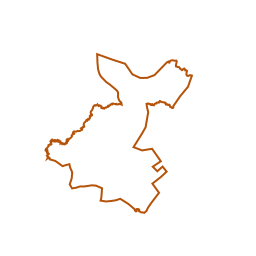 Kalgo, Kebbi, Nigeria, rotated 53°
{"feature_id": "59680162B5199404243189", "entity_name": "Kalgo", "entity_type": "district", "adm_level": 2, "iso_a3": "NGA", "parent_name": "Nigeria", "parent_adm1": "Kebbi", "projection": "robinson", "projection_center": [4.022, 12.386], "detail": "fine", "context": "isolated", "style": "outline", "palette": "amber", "viewbox_px": 256, "rotation_deg": 53, "n_neighbors": 0, "source": "geoboundaries", "source_scale": "gbopen_adm2", "svg_char_len": 5724}
<svg xmlns="http://www.w3.org/2000/svg" viewBox="0 0 256 256"><g transform="rotate(53 128 128)"><path d="M169.5,193.6L173.5,189.7L175.8,186.0L178.3,181.4L179.9,176.8L188.9,173.4L196.8,171.6L198.0,172.1L199.4,171.8L199.5,171.5L199.5,171.0L199.2,170.8L198.6,170.7L198.1,170.2L198.0,169.9L198.7,168.8L199.5,168.3L200.2,168.3L200.6,169.2L201.1,169.3L201.7,168.9L203.0,168.5L204.8,166.5L205.5,166.2L205.4,163.2L203.7,160.1L201.7,154.0L198.4,142.2L187.1,142.0L186.9,131.2L186.1,123.4L179.6,123.6L180.2,130.6L173.8,131.5L174.3,121.8L159.1,121.3L154.4,130.2L146.6,135.1L140.9,120.2L138.0,113.5L127.5,102.3L123.2,100.5L119.9,98.7L120.2,98.2L120.4,97.9L120.4,97.4L120.9,97.2L120.9,96.8L121.9,96.2L122.3,95.8L122.4,96.0L123.1,96.1L123.9,95.3L123.7,94.6L123.7,94.2L124.2,94.1L124.6,94.4L125.1,94.1L125.5,93.6L125.3,93.0L125.0,92.7L124.8,92.3L124.9,91.4L125.1,90.9L125.5,90.5L125.0,90.0L125.5,89.0L125.7,88.7L126.0,88.5L126.3,88.1L125.8,87.5L125.8,87.1L125.6,86.3L126.0,86.0L126.4,86.2L127.1,85.9L128.7,84.4L129.1,83.8L129.9,83.5L130.0,83.1L130.4,82.9L130.8,82.9L131.2,83.4L131.9,83.6L132.3,83.5L132.5,82.6L132.7,82.3L133.1,82.1L133.7,82.2L134.1,81.8L134.2,81.0L134.7,80.9L135.3,81.0L136.2,81.5L136.5,81.6L137.3,81.0L138.5,80.8L139.0,80.1L138.8,79.7L138.7,79.3L138.4,79.3L137.8,78.6L134.0,67.3L131.2,55.3L124.6,45.4L124.0,45.8L123.6,46.2L123.3,46.8L122.9,47.1L122.6,48.7L122.1,49.2L121.5,49.4L120.3,49.1L119.8,48.7L118.3,47.0L117.8,46.5L117.1,46.7L116.4,47.6L115.8,47.2L115.0,47.3L114.5,47.2L114.1,48.1L114.3,48.5L114.3,49.0L114.5,49.6L114.4,50.0L113.3,50.2L112.6,50.6L111.8,50.7L111.0,50.5L109.9,50.7L109.6,51.3L109.0,51.8L108.0,52.2L107.7,52.6L107.2,52.4L106.8,52.0L106.1,51.3L105.5,50.5L104.0,48.9L103.2,48.9L102.8,49.7L101.5,51.0L100.8,51.7L100.1,52.6L99.8,54.2L100.7,55.6L100.3,55.9L99.8,55.7L99.3,55.7L99.0,57.5L101.7,75.0L99.5,82.5L95.4,88.1L87.8,92.2L75.0,91.6L63.9,99.4L50.5,108.2L57.5,113.1L63.0,116.5L67.8,118.3L70.2,118.6L72.0,118.5L78.2,117.7L82.6,116.3L91.3,114.3L93.5,114.5L95.9,116.2L96.9,117.2L100.0,118.3L101.1,118.5L103.6,118.0L105.5,119.0L104.7,119.4L104.4,119.8L104.0,119.7L103.7,119.9L103.4,121.0L103.3,121.4L103.0,121.6L102.8,122.0L102.7,122.6L102.4,122.8L101.7,122.8L101.5,123.7L101.0,123.9L100.3,124.7L99.7,125.0L99.3,125.4L99.5,126.1L99.1,126.1L98.9,126.4L99.1,126.7L99.1,127.1L98.7,127.9L99.1,128.3L99.1,128.7L98.9,129.2L99.0,129.9L98.3,130.2L98.2,130.5L98.4,130.7L99.1,130.8L99.1,131.3L98.8,131.7L98.6,132.4L98.6,133.1L98.2,133.3L98.0,133.7L98.2,135.4L97.8,135.6L97.5,135.3L97.2,135.5L97.2,136.0L96.8,136.7L95.8,137.2L95.4,136.4L95.0,136.2L94.6,136.4L93.8,136.4L93.5,136.7L92.7,137.2L93.0,137.8L92.9,138.2L92.1,138.2L91.6,138.5L90.8,138.3L90.9,139.0L90.7,140.3L89.9,140.5L89.8,141.1L89.7,141.7L90.1,142.5L90.2,143.2L90.9,143.8L91.3,144.8L91.8,145.2L92.1,145.9L92.4,147.5L92.9,148.3L94.5,149.1L94.9,149.1L95.2,148.7L95.7,148.8L96.2,149.1L96.1,149.8L95.7,150.4L95.3,150.7L95.5,151.4L96.0,151.6L96.4,151.5L96.8,151.9L97.5,153.4L97.7,154.0L97.3,154.0L96.9,153.8L96.7,154.1L96.8,154.6L97.2,154.9L96.7,155.6L96.6,155.9L97.2,156.1L97.6,156.4L97.1,157.2L97.2,158.0L97.5,158.7L97.4,159.3L97.9,160.6L98.3,160.9L98.7,161.4L99.2,161.7L100.2,161.9L100.6,162.1L100.6,162.6L100.1,162.6L100.1,163.1L100.4,163.0L100.4,163.6L100.1,164.0L100.3,164.4L100.4,164.8L100.0,165.2L100.0,165.6L100.3,165.5L100.6,165.6L100.7,165.3L101.0,165.1L101.6,165.5L101.8,165.8L101.5,166.2L101.5,167.8L101.2,168.6L100.8,169.2L100.1,169.8L99.8,171.5L98.3,173.1L98.2,173.8L98.4,174.5L98.8,174.8L99.2,174.9L99.5,174.8L99.6,174.5L100.1,174.4L100.2,174.9L100.2,175.3L99.7,175.7L99.6,176.3L100.1,177.1L100.1,177.5L100.9,177.8L101.3,178.8L101.5,182.1L101.3,182.4L100.9,182.7L100.4,183.2L100.4,183.8L100.6,184.2L101.0,184.5L101.1,184.2L100.9,183.4L101.4,183.7L102.1,183.4L102.3,183.7L102.3,184.0L101.9,184.0L101.7,184.3L102.4,185.0L103.1,185.5L103.2,185.8L102.7,186.3L102.5,186.2L102.2,186.2L102.2,186.7L102.4,186.9L103.1,187.1L102.9,187.6L103.0,188.0L103.0,188.4L102.8,188.6L102.4,188.6L102.1,189.1L101.7,189.0L101.3,189.1L101.5,189.5L100.9,189.7L101.0,190.1L100.6,190.0L100.2,190.5L99.9,190.6L99.8,190.2L99.7,190.2L99.7,191.3L99.4,191.1L98.8,190.7L98.5,190.3L98.3,190.2L98.2,190.9L98.1,191.0L97.6,190.8L97.6,191.4L97.3,191.6L97.2,191.8L96.7,191.5L96.3,191.6L96.2,191.5L96.3,191.2L96.0,190.9L95.7,191.3L95.7,191.7L95.3,191.5L95.1,191.5L95.1,191.9L95.4,192.3L95.1,192.5L95.5,192.8L95.5,193.7L95.2,193.7L94.8,193.5L94.9,192.8L94.5,193.2L93.9,193.4L93.8,193.8L93.9,194.1L93.5,193.9L93.4,194.0L93.8,194.7L94.0,195.3L93.6,195.6L93.3,195.4L93.3,195.8L93.1,195.9L93.1,196.4L93.0,196.5L92.8,196.4L92.5,195.6L92.1,195.6L91.7,195.4L91.5,195.6L91.7,196.4L91.6,196.9L92.0,198.1L92.9,198.2L93.3,198.1L93.6,198.3L93.6,198.5L93.8,198.8L94.1,198.9L94.5,198.8L94.8,198.9L95.0,199.1L94.8,199.8L94.3,199.9L94.1,200.1L93.9,201.8L94.2,201.8L94.7,202.2L94.9,203.3L95.2,204.2L95.4,206.3L95.8,206.7L96.0,207.1L96.4,207.4L96.7,207.3L96.7,207.1L96.7,206.8L96.5,206.3L96.6,205.9L96.9,205.6L97.2,205.7L97.4,206.0L97.3,206.7L97.4,206.9L97.6,206.9L98.3,206.4L98.6,206.5L98.7,206.8L98.6,207.2L98.8,207.5L99.2,207.7L100.4,206.8L100.5,206.8L100.4,207.1L101.0,207.2L100.9,207.9L101.2,208.7L101.2,209.4L101.3,209.4L101.6,209.0L101.9,208.9L102.1,209.0L102.0,209.4L102.2,209.5L102.5,209.3L102.7,209.0L103.2,209.0L103.3,209.2L103.3,209.7L103.8,210.6L103.8,210.1L103.7,210.0L103.7,209.7L104.1,209.6L104.3,209.7L104.5,209.4L104.6,208.8L104.8,208.7L105.1,208.9L105.2,209.1L105.5,209.1L106.0,209.3L110.5,205.9L119.1,203.2L120.3,199.7L121.6,196.6L125.0,198.1L128.7,198.9L130.5,199.7L132.0,201.2L134.2,203.1L138.0,208.5L142.6,209.0L144.6,205.1L145.3,202.7L146.2,200.9L148.4,198.1L152.0,191.4L154.7,188.3L160.5,185.0L167.7,191.3L169.5,193.6Z" fill="none" stroke="#b45309" stroke-width="2"/></g></svg>